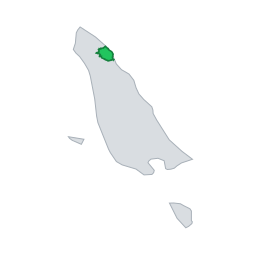 Iliomar, Lautém, East Timor (highlighted), rotated 263°
{"feature_id": "22284137B19934279863207", "entity_name": "Iliomar", "entity_type": "district", "adm_level": 2, "iso_a3": "TLS", "parent_name": "East Timor", "parent_adm1": "Lautém", "projection": "equal_earth", "projection_center": [126.838, -8.666], "detail": "fine", "context": "in_parent", "style": "filled", "palette": "green", "viewbox_px": 256, "rotation_deg": 263, "n_neighbors": 0, "source": "geoboundaries", "source_scale": "gbopen_adm2", "svg_char_len": 4083}
<svg xmlns="http://www.w3.org/2000/svg" viewBox="0 0 256 256"><g transform="rotate(263 128 128)"><path d="M89.1,188.2L86.8,176.8L84.4,171.9L82.5,169.1L81.9,165.6L82.0,162.0L83.1,160.4L91.1,159.9L94.3,154.1L94.3,147.0L92.7,144.6L91.1,143.6L82.8,148.9L80.5,148.0L79.0,146.1L79.5,138.2L86.3,130.9L92.1,117.7L96.1,112.4L105.6,107.5L109.4,106.1L136.9,98.8L143.5,98.3L160.9,98.5L184.2,96.9L190.0,95.9L197.5,92.7L204.8,88.7L208.6,85.5L212.6,83.3L218.6,86.1L228.8,88.3L231.6,90.2L234.1,92.8L222.3,106.8L209.3,118.3L201.3,121.8L193.0,124.2L186.7,128.6L181.4,135.6L174.6,139.6L166.9,140.9L160.4,143.0L154.4,147.1L146.2,154.2L142.8,154.9L139.3,154.7L132.5,157.4L111.2,167.5L98.3,178.7L89.1,188.2ZM21.9,173.2L32.4,165.7L48.4,160.0L48.0,164.2L46.4,170.8L44.0,174.0L40.3,179.6L37.9,180.8L28.3,179.6L27.1,180.4L25.4,179.8L23.0,176.2L21.9,173.2ZM126.6,67.8L122.2,82.9L117.5,79.7L122.5,71.2L124.9,68.7L126.6,67.8Z" fill="#d9dde1" stroke="#a8b0b8" stroke-width="1"/><path d="M197.2,116.0L197.1,116.4L197.1,116.5L197.2,116.8L197.0,117.0L197.2,117.4L197.1,117.6L197.2,117.8L197.2,118.0L197.1,118.3L197.2,118.5L197.4,118.7L197.5,118.8L197.5,119.0L197.4,119.2L197.4,119.3L197.3,119.6L197.5,119.7L197.7,119.8L197.7,120.0L197.7,120.3L197.6,120.5L197.5,120.9L197.6,121.0L197.6,121.3L197.4,121.6L197.4,121.8L197.6,121.8L197.7,122.0L197.8,122.1L197.9,121.9L198.0,121.9L198.5,121.5L198.7,121.3L198.8,121.3L199.1,121.2L199.3,121.1L199.5,121.1L199.8,121.1L200.1,121.1L200.4,121.2L200.4,121.3L200.5,121.4L200.5,121.5L200.8,121.6L201.1,121.7L201.2,121.8L201.3,121.9L201.5,121.9L201.9,121.7L202.0,121.7L202.0,121.8L202.4,121.9L202.5,121.9L202.6,122.1L202.8,122.2L203.1,122.3L203.2,122.2L203.3,122.1L203.5,122.0L203.5,121.9L203.8,121.8L204.0,121.9L204.2,121.7L204.5,121.7L204.8,121.6L205.0,121.6L205.3,121.3L205.7,121.1L206.0,120.8L206.2,120.6L206.3,120.5L206.3,120.4L206.5,120.0L206.7,119.9L206.9,119.7L207.1,119.4L207.3,119.1L207.5,119.0L207.6,118.9L207.7,118.6L207.8,118.5L208.1,118.4L208.4,118.2L208.7,117.9L208.9,117.9L209.0,117.9L209.1,118.0L209.2,117.9L209.3,117.9L209.5,117.7L209.6,117.4L209.9,117.1L210.3,116.7L210.5,116.4L211.0,116.0L211.2,115.9L211.3,115.9L211.5,115.9L211.8,115.7L211.6,115.2L211.4,114.9L211.4,114.7L211.2,114.6L211.0,114.4L211.0,114.2L210.9,113.9L210.6,113.7L210.6,113.4L210.4,113.0L210.2,113.0L210.2,112.9L210.4,112.5L210.4,112.3L210.4,112.2L210.4,111.9L210.2,111.6L210.1,111.4L210.1,111.2L210.4,111.0L210.5,110.8L210.5,110.7L210.3,110.4L210.3,110.2L210.2,110.2L210.3,110.1L210.1,109.8L210.0,109.6L209.9,109.5L209.8,109.4L210.0,109.1L209.8,109.1L209.7,108.8L209.4,108.7L209.5,108.4L209.4,108.3L209.4,108.2L209.2,108.2L209.1,108.3L209.1,108.5L208.8,108.5L208.7,108.5L208.2,108.7L207.9,108.4L207.6,108.3L207.4,108.4L207.3,108.5L207.0,108.4L206.9,108.3L206.8,108.2L206.7,108.1L206.7,107.9L206.7,107.7L206.6,107.4L206.6,107.2L206.8,107.0L206.8,106.9L206.8,106.7L206.7,106.6L206.7,106.4L206.6,106.2L206.6,105.9L206.5,105.7L206.4,105.7L206.4,105.9L206.4,106.0L206.3,105.9L206.3,106.0L206.2,106.1L206.3,106.3L206.2,106.4L205.9,106.3L205.8,106.5L205.7,106.7L205.8,106.8L205.7,106.9L205.8,107.0L205.7,107.1L205.5,107.3L205.4,107.4L205.4,107.5L205.4,107.8L205.4,108.0L205.3,108.3L205.2,108.4L205.2,108.5L205.0,108.8L204.9,108.8L204.7,108.9L204.7,109.0L204.4,109.3L204.2,109.4L204.1,109.5L203.9,109.5L203.8,109.4L203.8,109.1L203.7,109.0L203.6,108.9L203.6,108.7L203.4,108.6L202.9,108.5L202.8,108.4L202.6,108.3L202.4,108.3L202.3,108.5L202.4,108.8L202.3,109.0L202.4,109.3L202.5,109.5L202.4,109.6L202.3,109.8L202.4,110.1L202.4,110.3L202.2,110.2L201.9,110.2L201.9,110.3L201.7,110.3L201.4,110.3L201.1,110.4L200.9,110.4L200.7,110.6L200.5,110.8L200.4,111.3L200.2,111.5L200.1,111.8L199.9,112.1L199.6,112.3L199.5,112.6L199.5,112.8L199.4,113.0L199.5,113.2L199.5,113.3L199.4,113.3L199.1,113.4L198.9,113.3L198.7,113.5L198.5,113.9L198.3,114.1L198.2,114.3L198.2,114.7L198.2,114.8L198.1,115.0L197.9,115.1L197.9,115.3L197.7,115.5L197.6,115.9L197.4,115.9L197.3,116.0L197.2,116.0ZM197.5,121.9L197.5,122.0L197.4,122.0L197.5,122.1L197.6,121.9L197.5,121.9Z" fill="#22c55e" stroke="#15803d" stroke-width="1.5"/></g></svg>